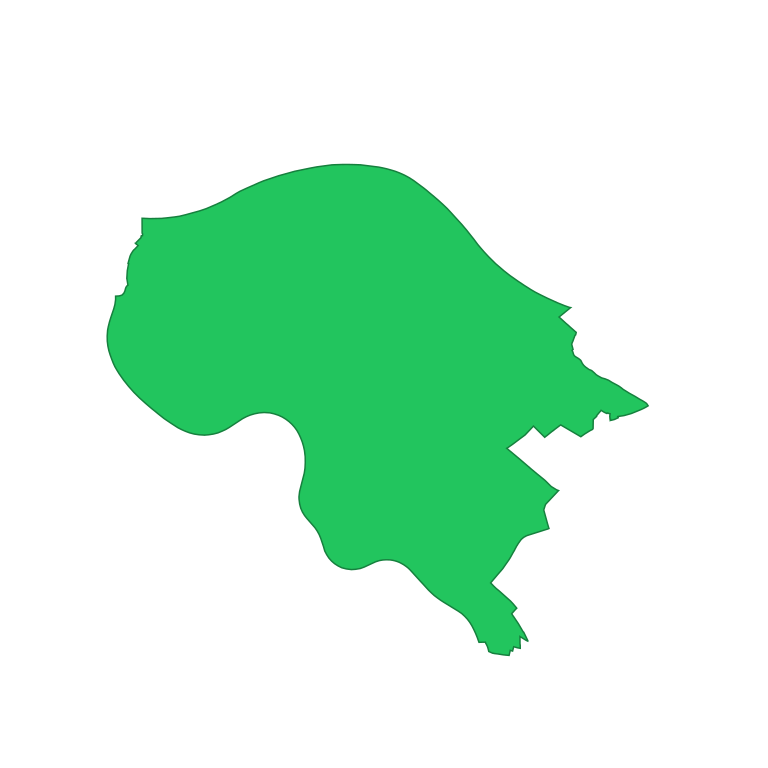 West Maas en Waal, Gelderland, Netherlands, rotated 47°
{"feature_id": "6326949B55972615712171", "entity_name": "West Maas en Waal", "entity_type": "district", "adm_level": 2, "iso_a3": "NLD", "parent_name": "Netherlands", "parent_adm1": "Gelderland", "projection": "albers", "projection_center": [5.532, 51.852], "detail": "fine", "context": "isolated", "style": "filled", "palette": "green", "viewbox_px": 768, "rotation_deg": 47, "n_neighbors": 0, "source": "geoboundaries", "source_scale": "gbopen_adm2", "svg_char_len": 6048}
<svg xmlns="http://www.w3.org/2000/svg" viewBox="0 0 768 768"><g transform="rotate(47 384 384)"><path d="M455.4,195.4L454.5,196.1L449.9,198.5L442.6,201.9L436.3,204.5L432.7,206.0L425.1,208.9L422.9,209.7L419.8,210.8L414.8,212.3L413.1,212.7L407.8,214.1L400.2,215.9L394.4,217.1L390.7,217.9L386.2,218.6L383.0,219.1L373.9,220.1L372.2,220.3L362.2,220.7L355.7,220.7L350.2,220.5L346.1,220.3L338.8,219.5L333.4,219.1L328.6,218.7L320.9,218.3L311.4,218.2L304.6,218.1L298.9,218.1L293.7,218.4L287.4,218.9L281.0,219.6L274.8,220.4L271.1,220.8L267.8,221.3L258.0,223.1L255.3,223.6L252.6,224.3L250.9,224.7L247.8,225.7L245.2,226.6L242.5,227.7L239.8,228.9L236.5,230.5L234.7,231.5L232.0,233.1L228.4,235.3L224.6,237.9L221.7,240.0L207.7,251.7L203.4,256.0L199.0,260.5L195.2,264.6L189.6,271.0L188.1,272.8L179.5,284.9L175.8,290.7L167.5,304.3L164.2,310.7L159.9,318.9L153.3,333.5L151.5,338.3L149.0,345.6L147.1,351.0L144.8,358.0L143.8,362.2L143.7,362.8L142.5,369.2L140.0,378.7L137.8,385.3L135.0,393.1L134.5,394.5L131.6,400.9L124.9,413.7L121.7,419.4L121.1,420.2L119.2,423.0L114.2,429.8L112.2,432.4L111.3,433.6L103.5,442.3L99.0,446.7L97.8,447.9L108.6,457.9L108.7,458.0L109.7,458.2L110.8,459.5L110.1,460.4L110.3,460.9L110.7,461.2L111.1,461.8L111.3,462.0L111.2,462.3L111.3,463.4L111.5,468.9L112.1,469.7L112.0,469.8L112.8,469.8L112.9,469.6L113.0,469.6L114.4,469.5L115.1,469.4L115.4,474.7L115.3,475.8L115.6,477.4L116.0,478.7L116.2,479.7L116.7,481.1L117.3,482.5L118.8,485.0L120.9,488.4L121.3,489.0L121.8,488.7L126.0,494.4L131.5,500.2L131.9,500.4L137.1,503.9L136.9,504.3L137.0,505.3L137.1,506.1L137.7,507.6L138.0,508.1L139.1,509.8L139.5,510.7L139.9,511.6L140.1,512.2L140.3,514.5L140.2,515.2L139.5,516.6L139.0,517.6L136.7,520.4L139.1,522.6L142.3,526.5L144.8,530.5L149.1,538.5L151.4,542.5L154.0,546.5L156.1,549.4L160.1,553.7L164.0,557.2L168.0,560.1L172.0,562.5L175.9,564.4L179.9,566.1L183.9,567.7L187.8,569.0L191.8,569.9L195.8,570.7L203.7,571.8L207.7,572.1L211.6,572.4L219.6,572.6L227.5,572.3L235.5,571.6L243.4,570.7L247.4,570.1L251.3,569.6L255.3,569.0L259.3,568.4L263.3,567.5L267.2,566.6L271.2,565.6L275.2,564.6L279.1,563.2L283.1,561.5L287.1,559.5L291.1,557.0L295.0,553.9L299.0,550.1L301.6,546.8L304.3,542.8L306.5,538.8L308.0,534.8L309.3,530.9L310.2,526.9L312.9,511.0L314.0,507.0L315.5,503.0L317.5,499.0L319.9,495.1L323.1,491.1L327.3,487.1L330.9,484.7L334.9,482.5L338.8,480.9L342.8,479.8L346.8,479.1L350.8,478.8L354.7,478.9L358.7,479.4L362.7,480.4L366.6,481.7L370.6,483.3L374.6,485.3L378.5,487.6L383.4,491.2L387.8,495.2L391.7,499.2L394.9,503.2L402.5,515.1L405.1,519.1L408.5,523.1L410.2,524.6L414.2,527.5L418.1,529.6L422.1,531.0L426.1,531.8L430.0,532.1L442.0,532.5L445.9,533.1L449.9,534.1L453.9,535.6L461.8,539.2L465.7,541.2L469.7,542.3L473.7,543.0L477.7,543.1L481.6,542.7L485.6,541.7L489.6,540.2L493.5,537.7L497.5,534.4L500.1,531.2L502.7,527.3L504.4,523.3L505.7,519.3L507.0,515.3L508.3,511.4L509.1,509.7L509.9,508.0L510.9,506.4L511.9,504.9L512.7,503.9L513.7,502.7L515.1,501.2L516.8,499.5L518.7,498.0L520.6,496.7L522.7,495.5L524.9,494.4L527.2,493.6L529.4,492.9L532.1,492.3L534.5,491.9L537.3,491.7L553.2,491.9L557.1,491.9L565.1,492.0L569.1,491.8L573.0,491.5L577.0,490.8L581.0,490.0L584.9,489.0L600.8,484.6L604.8,483.7L608.8,483.4L612.7,483.4L616.7,483.8L620.7,484.6L624.6,485.7L628.6,487.0L632.6,488.5L637.7,490.7L639.7,488.4L642.0,485.9L643.0,486.4L645.0,486.9L646.2,487.3L647.4,487.8L648.4,488.3L649.7,489.0L651.1,489.8L654.9,488.2L655.1,488.0L656.4,487.1L659.0,484.9L661.6,482.9L663.5,481.4L665.0,480.1L667.8,477.6L664.9,473.3L667.0,472.1L664.6,468.3L667.8,466.4L670.2,464.6L667.8,462.4L667.1,462.0L666.3,461.3L661.4,456.8L668.7,454.8L670.1,454.2L669.9,453.9L664.4,452.2L660.8,451.1L660.6,451.1L660.5,451.3L660.3,451.3L651.0,449.2L642.2,447.8L641.8,447.8L639.1,447.3L638.6,442.1L638.5,439.8L633.0,439.5L629.0,439.5L613.7,440.9L610.1,441.4L606.4,441.6L604.0,441.6L602.2,441.7L600.9,431.0L600.9,430.9L600.2,424.3L600.0,422.8L599.3,419.7L597.8,412.6L597.2,410.3L595.1,403.8L594.7,402.2L594.3,401.3L592.9,397.2L592.8,396.6L592.2,394.5L591.5,391.0L591.3,389.8L591.3,388.4L591.4,386.8L591.5,385.9L591.7,385.3L592.1,383.6L592.5,382.5L596.6,373.9L597.9,371.2L600.1,366.5L601.6,363.4L602.1,362.2L602.2,361.9L601.3,361.5L597.9,359.8L585.5,353.3L585.3,353.2L584.9,352.8L582.6,348.7L582.2,347.7L581.0,329.6L581.0,329.0L579.4,329.8L578.9,330.0L574.9,331.1L573.1,331.6L571.6,331.7L566.0,331.9L564.2,332.0L557.4,332.9L554.7,333.3L546.8,334.3L532.3,335.9L514.7,338.1L515.0,336.8L515.9,330.4L516.8,321.7L517.5,315.6L517.0,307.7L516.7,303.4L532.6,302.8L532.6,301.9L532.8,300.4L533.3,293.3L533.5,292.1L533.4,292.1L533.5,291.5L533.7,289.3L534.4,282.7L556.8,276.0L557.4,271.4L557.8,269.4L558.4,266.3L558.7,264.9L559.3,262.9L559.4,262.6L559.4,262.2L559.3,261.9L559.2,261.6L559.1,261.4L552.7,255.2L552.7,250.6L552.6,250.4L552.3,250.3L552.2,250.2L551.7,246.2L551.5,244.1L551.3,243.2L554.9,242.2L556.7,241.5L557.6,241.1L557.7,240.9L557.5,240.4L557.8,240.1L558.0,240.0L558.7,239.8L559.1,239.6L559.9,238.9L561.6,240.9L562.3,241.4L563.9,242.7L564.3,242.4L565.0,243.4L565.6,242.4L567.1,239.7L567.3,239.1L568.4,235.7L567.2,235.2L570.6,230.3L570.9,229.8L574.1,223.6L574.4,222.9L576.4,217.7L578.0,213.4L578.5,211.9L579.0,210.3L579.7,207.6L580.1,205.7L577.9,205.3L577.0,205.3L576.3,205.4L573.9,206.0L572.5,206.4L569.8,207.3L564.4,208.8L558.3,210.8L551.6,212.6L550.7,212.8L548.3,213.1L547.8,213.3L546.7,213.4L544.3,214.1L538.2,216.2L535.5,216.9L534.4,217.2L530.8,218.9L528.9,220.1L527.8,220.7L523.5,222.1L522.5,222.3L521.7,222.5L521.1,222.5L519.1,222.6L516.1,222.9L515.7,223.0L515.2,223.2L513.5,224.0L513.1,224.2L510.5,224.7L509.2,225.0L508.2,225.1L506.6,225.2L504.7,225.0L504.1,224.9L501.5,224.1L500.9,224.0L500.4,224.0L498.2,224.3L495.4,225.1L493.5,225.5L493.0,225.5L492.1,225.3L491.5,225.1L489.5,224.1L488.3,223.7L487.6,223.5L487.7,222.2L485.9,221.2L483.1,219.7L482.8,219.3L482.5,218.9L482.0,217.9L481.7,217.1L479.2,212.2L478.7,211.2L478.8,210.4L477.7,208.7L477.3,208.2L476.7,208.3L469.5,209.0L466.7,209.2L463.4,209.6L463.2,209.6L454.4,210.3L455.4,195.4Z" fill="#22c55e" stroke="#15803d" stroke-width="1.5"/></g></svg>